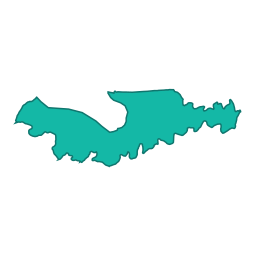 Riche Fond, Dennery, Saint Lucia
{"feature_id": "8701671B84932876584417", "entity_name": "Riche Fond", "entity_type": "district", "adm_level": 2, "iso_a3": "LCA", "parent_name": "Saint Lucia", "parent_adm1": "Dennery", "projection": "mercator", "projection_center": [-60.921, 13.935], "detail": "fine", "context": "isolated", "style": "filled", "palette": "teal", "viewbox_px": 256, "rotation_deg": 0, "n_neighbors": 0, "source": "geoboundaries", "source_scale": "gbopen_adm2", "svg_char_len": 5897}
<svg xmlns="http://www.w3.org/2000/svg" viewBox="0 0 256 256"><path d="M184.9,105.2L184.3,105.5L183.4,105.3L183.2,105.1L183.1,104.5L182.8,103.6L182.8,101.4L182.6,100.6L183.0,99.9L183.1,99.5L182.9,99.0L181.6,97.5L180.1,94.7L179.6,94.2L177.7,92.5L177.1,92.2L175.1,91.7L174.5,91.4L174.1,90.4L173.5,89.7L169.2,89.6L168.2,89.9L165.9,89.9L164.3,90.1L158.5,90.4L157.4,90.6L154.4,90.6L147.5,91.3L143.4,91.5L131.9,92.3L130.8,92.2L129.4,92.2L126.3,92.1L123.1,92.1L117.8,91.8L116.6,92.2L116.1,92.0L115.3,91.3L114.9,91.2L114.0,92.3L113.9,93.1L113.7,93.1L112.1,92.7L110.2,92.4L108.1,91.9L108.0,93.1L109.4,95.4L110.7,97.6L113.7,100.2L120.6,102.8L125.1,105.8L127.8,112.1L126.2,118.0L126.2,121.4L124.6,125.1L121.9,127.5L119.3,128.3L117.8,128.5L117.1,130.3L113.5,131.6L109.7,132.3L101.8,126.3L95.9,121.0L82.2,112.6L68.6,109.1L48.3,107.7L40.9,101.7L36.7,97.2L36.2,97.6L35.7,98.5L34.1,99.6L33.6,100.2L32.4,101.1L31.4,101.5L29.5,101.5L29.1,101.8L27.9,102.0L26.4,103.1L25.4,104.2L24.1,104.8L22.7,106.1L22.1,107.6L20.9,109.7L19.2,112.1L18.2,114.3L17.3,115.5L16.2,119.3L15.7,120.3L15.8,120.8L16.5,121.6L15.4,123.0L18.3,122.0L20.5,122.2L22.1,121.8L23.3,122.3L25.3,123.6L27.2,124.0L29.6,124.8L31.3,125.6L31.7,125.9L32.1,126.5L32.1,127.9L31.8,128.5L31.3,128.9L30.5,129.1L29.4,129.8L28.9,130.4L28.8,131.5L28.9,133.2L29.2,133.8L30.1,134.8L30.9,135.3L32.7,136.1L34.5,136.5L35.6,136.5L37.4,136.1L38.6,135.3L41.2,135.2L42.0,134.6L44.1,132.6L44.6,132.1L45.3,131.8L47.0,132.7L47.6,132.8L48.0,132.8L49.1,132.3L49.7,132.1L50.5,132.1L55.1,134.4L55.5,134.9L55.8,136.1L55.9,139.8L55.5,141.1L55.7,143.6L55.5,144.5L55.2,145.2L54.2,146.3L52.8,147.1L52.5,147.4L52.3,147.8L52.2,148.7L52.3,149.2L53.0,150.0L53.2,150.4L53.7,152.6L54.2,153.9L56.0,155.7L57.0,157.0L57.4,157.7L58.3,158.7L58.6,159.2L58.2,159.7L60.4,159.0L61.0,158.2L61.6,157.7L62.9,155.8L63.3,155.5L64.7,155.0L65.5,154.4L66.3,153.2L66.8,153.0L67.9,153.2L68.5,153.9L68.6,154.7L68.8,155.0L69.2,155.3L70.5,155.6L71.2,155.6L72.0,155.8L72.5,156.7L72.5,157.4L72.1,157.8L71.6,157.9L71.3,158.2L71.3,159.1L71.4,159.5L71.8,159.8L72.6,160.3L73.3,160.4L74.3,160.3L75.4,160.0L75.9,160.0L77.2,160.6L78.0,160.8L78.8,160.8L79.9,161.2L80.1,161.3L79.9,161.9L80.2,161.7L80.7,161.8L81.4,162.3L81.7,162.3L82.1,162.1L83.3,160.8L84.3,160.3L84.6,160.0L85.0,159.2L85.7,158.7L86.5,157.8L87.9,156.9L88.5,156.1L88.7,155.2L89.8,153.8L90.0,152.6L90.4,151.8L91.2,151.5L91.8,151.5L94.0,152.6L95.4,152.5L96.0,152.0L96.2,151.9L96.5,152.0L97.0,153.5L96.9,154.7L96.6,155.7L95.8,156.9L92.9,158.3L92.5,158.7L92.2,159.1L92.2,160.1L92.3,160.4L92.7,160.6L93.9,160.5L94.4,160.3L95.0,160.4L97.5,161.6L99.6,161.6L102.4,162.2L104.7,164.2L105.7,165.0L106.4,165.3L108.9,166.1L109.2,166.4L109.6,166.0L111.1,165.6L113.1,164.8L115.6,164.0L116.8,162.8L118.6,161.4L119.5,159.7L120.2,157.6L120.0,155.6L120.2,155.1L120.4,154.9L120.9,154.6L121.4,154.6L123.7,155.9L125.2,156.1L125.6,156.0L126.9,154.3L127.4,153.5L127.6,152.3L128.0,151.9L128.4,152.0L129.1,152.7L129.2,153.0L129.5,154.4L129.3,156.8L129.9,158.0L130.6,158.7L130.9,158.8L131.9,158.9L133.0,158.4L135.0,158.0L135.6,157.7L136.1,157.1L137.0,155.2L137.2,154.5L137.2,151.6L137.5,149.7L138.3,148.3L138.5,147.2L139.3,145.9L139.4,145.1L140.0,144.0L140.3,143.7L141.8,143.9L142.4,144.3L142.4,145.4L142.9,146.9L142.9,148.0L143.1,149.3L143.0,149.6L143.0,150.4L142.8,151.8L142.6,152.4L142.7,152.9L142.9,153.2L143.2,153.4L144.0,153.1L145.5,151.4L147.3,150.1L148.3,149.1L149.5,148.6L151.5,148.6L152.5,148.2L153.9,146.6L154.0,146.4L154.0,145.4L154.5,145.1L154.9,144.6L155.8,144.3L156.3,143.8L157.5,144.2L157.9,144.1L158.1,143.0L157.7,142.5L157.9,141.5L157.7,140.5L157.9,139.5L158.3,139.0L158.7,138.8L159.2,138.8L159.7,139.0L161.0,140.2L163.5,140.7L164.1,141.1L165.9,142.3L166.9,143.4L167.8,143.9L169.2,144.3L169.8,144.3L170.8,144.0L172.6,143.3L173.4,142.3L173.6,139.1L173.7,136.4L174.0,134.4L174.4,133.7L174.7,133.5L175.6,133.3L178.6,134.4L181.7,135.3L182.0,135.4L183.1,135.1L186.3,132.3L187.2,130.7L187.4,129.3L187.4,128.3L187.6,128.1L188.8,127.5L189.7,127.5L190.5,127.8L192.8,127.8L193.6,128.1L193.9,128.7L194.0,130.9L194.2,131.3L194.7,131.5L195.2,131.5L196.7,131.1L197.6,130.0L198.2,129.6L198.7,128.6L199.1,128.1L200.0,127.5L200.7,126.8L201.8,124.4L202.9,122.4L203.4,121.6L204.4,120.9L205.1,120.9L206.3,121.5L206.8,122.4L207.1,124.0L207.6,124.9L208.1,125.4L209.1,126.1L211.5,127.4L211.9,127.4L212.4,127.2L214.2,125.6L217.4,124.2L219.8,124.0L220.3,124.0L220.7,124.3L220.8,124.5L221.1,125.5L221.1,127.2L220.7,129.0L221.0,131.3L222.3,132.8L222.8,133.2L223.8,133.0L227.3,130.9L229.7,129.1L230.4,128.8L231.6,128.1L232.7,128.1L234.2,128.5L234.7,128.2L235.1,127.6L235.4,126.7L235.5,126.2L235.3,124.6L235.4,123.9L235.8,123.2L236.0,122.4L236.6,120.0L236.8,117.8L237.1,117.1L238.0,115.7L239.4,112.9L240.0,112.1L240.6,111.8L240.6,111.2L240.1,110.3L239.4,110.4L239.1,110.7L239.0,111.2L238.6,111.2L238.2,110.8L237.8,110.8L237.3,110.8L236.5,111.4L235.9,111.6L235.3,111.3L234.7,109.8L234.5,108.0L233.5,104.2L232.9,103.0L231.5,100.7L231.1,100.2L230.4,99.6L229.8,99.9L229.6,100.6L229.9,102.6L229.8,103.7L229.5,104.0L228.9,104.4L227.3,105.1L226.1,106.0L225.5,106.5L224.9,107.3L224.6,108.4L224.2,108.8L223.9,108.8L223.1,108.3L222.8,107.9L222.3,106.7L222.0,106.2L221.4,104.4L221.1,103.7L220.5,103.5L219.8,103.7L219.4,103.6L218.8,104.1L217.7,104.0L217.6,102.9L217.6,102.6L217.3,102.3L216.9,102.2L216.6,102.4L215.2,103.3L214.4,103.7L213.7,104.3L213.4,104.8L213.4,106.5L213.9,108.4L213.7,109.1L213.5,109.3L210.5,108.2L209.1,108.3L207.9,108.8L206.3,110.3L204.6,110.9L204.0,110.9L203.8,110.6L203.5,109.9L203.4,109.2L203.6,108.5L204.1,108.0L204.5,107.1L204.5,106.9L204.3,106.6L203.9,106.4L203.3,106.3L202.0,106.6L200.1,106.8L198.6,107.4L196.5,108.6L194.3,108.8L193.5,108.2L193.0,107.4L192.5,106.2L192.8,104.0L192.6,103.6L192.1,103.2L191.3,102.9L190.4,102.8L189.0,102.8L188.5,102.9L188.0,103.2L187.1,104.2L186.7,104.5L185.1,105.3L184.9,105.4L184.9,105.2Z" fill="#14b8a6" stroke="#0f766e" stroke-width="1.5"/></svg>